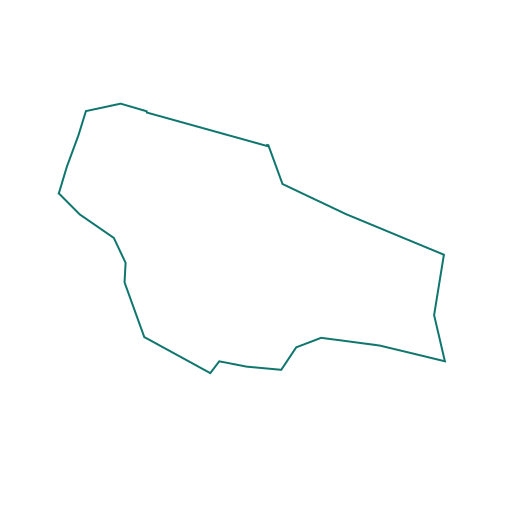 outline of Buk-gu [North Distrikt], Busan, South Korea, rotated 101°
{"feature_id": "91817680B37722151409475", "entity_name": "Buk-gu [North Distrikt]", "entity_type": "district", "adm_level": 2, "iso_a3": "KOR", "parent_name": "South Korea", "parent_adm1": "Busan", "projection": "robinson", "projection_center": [129.021, 35.229], "detail": "fine", "context": "isolated", "style": "outline", "palette": "teal", "viewbox_px": 512, "rotation_deg": 101, "n_neighbors": 0, "source": "geoboundaries", "source_scale": "gbopen_adm2", "svg_char_len": 534}
<svg xmlns="http://www.w3.org/2000/svg" viewBox="0 0 512 512"><g transform="rotate(101 256 256)"><path d="M218.9,71.8L197.7,175.8L180.3,243.7L144.9,265.0L144.9,265.7L146.0,265.0L136.2,388.2L136.0,390.5L134.8,391.0L132.3,418.0L146.2,450.6L171.2,453.3L204.4,458.7L232.2,461.5L232.2,461.4L236.5,455.1L248.8,437.0L265.4,399.0L287.6,382.7L307.0,380.0L356.9,350.2L379.7,278.5L366.4,272.0L366.4,244.2L362.9,209.5L338.0,199.1L323.9,176.5L320.3,117.5L323.3,50.5L280.0,69.9L218.9,71.8Z" fill="none" stroke="#0f766e" stroke-width="2"/></g></svg>